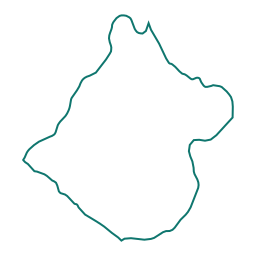 map outline of Tacna (Natural Earth projection)
{"feature_id": "PER-575", "entity_name": "Tacna", "entity_type": "Department", "adm_level": 1, "iso_a3": "PER", "parent_name": "Peru", "parent_adm1": "", "projection": "natural_earth1", "projection_center": [-70.312, -17.577], "detail": "fine", "context": "isolated", "style": "outline", "palette": "teal", "viewbox_px": 256, "rotation_deg": 0, "n_neighbors": 0, "source": "natural_earth", "source_scale": "10m", "svg_char_len": 2092}
<svg xmlns="http://www.w3.org/2000/svg" viewBox="0 0 256 256"><path d="M232.6,117.5L216.4,135.2L210.7,139.6L205.0,140.7L199.2,139.8L193.8,140.1L189.8,144.9L188.9,151.2L190.3,156.4L192.4,161.5L193.6,167.8L193.8,171.5L194.5,174.0L197.3,179.4L198.3,182.3L198.6,185.0L198.2,187.9L190.6,207.4L187.9,212.0L185.6,214.8L180.6,219.7L174.7,227.7L172.5,229.8L169.7,231.0L166.0,231.1L163.0,232.2L154.1,237.9L151.0,238.9L144.4,239.7L131.0,238.2L124.5,238.7L121.4,240.6L118.2,237.5L112.0,233.0L104.2,226.6L100.3,223.9L95.9,221.1L91.3,218.3L85.1,214.6L78.8,207.7L78.4,207.1L77.7,205.5L77.0,204.6L76.4,204.2L75.2,204.0L74.4,203.7L67.2,196.0L65.0,194.5L60.5,193.1L58.9,191.4L57.3,185.6L56.0,182.7L54.2,181.4L52.2,180.5L46.9,175.9L44.4,174.3L37.0,171.6L34.4,171.2L27.9,164.0L25.2,162.2L23.5,160.4L23.2,160.0L23.2,159.9L24.7,157.5L26.7,152.9L27.4,151.7L28.2,150.6L29.4,149.2L34.0,145.1L38.9,141.7L50.1,136.6L51.8,136.0L53.8,134.8L54.8,133.8L55.6,132.3L57.8,125.2L58.8,123.5L60.2,121.6L65.3,116.2L66.0,115.2L67.1,113.5L68.6,110.4L69.4,108.2L69.9,106.2L71.1,99.3L71.7,97.9L77.0,90.3L79.3,86.4L80.5,83.3L81.9,80.7L82.9,79.4L84.6,77.9L86.8,76.7L89.7,75.7L95.9,72.6L106.0,59.5L109.7,53.8L111.0,51.4L111.2,49.4L111.3,47.4L110.9,45.5L109.9,42.6L109.8,42.4L109.7,41.9L109.0,38.4L109.3,35.4L110.0,33.1L111.5,29.0L112.0,27.0L112.1,25.0L112.8,23.2L113.6,21.8L116.5,18.1L119.6,15.9L121.5,15.4L123.9,15.4L126.3,15.8L129.2,17.3L130.5,18.4L131.5,20.3L134.7,28.8L135.8,30.6L137.1,32.1L138.8,33.0L140.8,33.4L142.6,33.5L145.9,31.0L148.6,23.2L151.0,29.8L159.1,43.6L166.1,58.4L168.9,62.9L169.9,63.6L170.9,63.8L171.1,63.8L171.4,63.9L171.8,64.1L172.4,64.5L175.2,66.8L179.4,71.3L182.1,73.6L182.7,73.8L183.8,74.1L184.4,74.2L185.4,74.7L186.8,75.6L190.5,78.6L191.6,79.2L192.3,79.3L193.1,79.2L195.0,78.4L195.9,78.0L196.5,77.8L197.4,77.7L198.6,77.9L199.3,78.3L199.8,78.8L201.0,81.7L201.5,82.6L203.6,85.6L204.5,86.4L205.4,86.9L206.3,86.9L207.1,86.9L211.4,85.9L212.8,85.3L213.2,85.2L219.7,86.2L221.7,87.0L226.7,91.5L229.2,94.5L231.0,97.1L232.4,101.5L232.8,106.7L232.6,117.3L232.6,117.5Z" fill="none" stroke="#0f766e" stroke-width="2"/></svg>